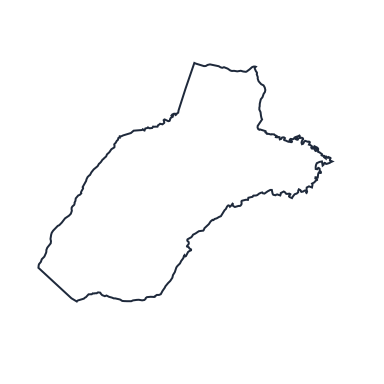 outline of Guacimo, Limón, Costa Rica, rotated 17°
{"feature_id": "36466004B32500402146996", "entity_name": "Guacimo", "entity_type": "district", "adm_level": 2, "iso_a3": "CRI", "parent_name": "Costa Rica", "parent_adm1": "Limón", "projection": "orthographic", "projection_center": [-83.609, 10.204], "detail": "fine", "context": "isolated", "style": "outline", "palette": "slate", "viewbox_px": 384, "rotation_deg": 17, "n_neighbors": 0, "source": "geoboundaries", "source_scale": "gbopen_adm2", "svg_char_len": 6047}
<svg xmlns="http://www.w3.org/2000/svg" viewBox="0 0 384 384"><g transform="rotate(17 192 192)"><path d="M114.7,329.0L119.8,325.6L120.3,324.6L121.3,323.6L123.0,320.1L126.0,319.1L126.8,317.9L127.9,317.8L128.6,317.3L130.5,316.7L131.2,315.7L131.8,315.4L133.7,315.1L134.8,316.1L136.3,316.9L139.1,317.1L140.5,316.0L143.3,316.5L146.2,316.4L148.4,316.6L149.5,316.2L153.7,315.9L155.0,315.9L156.8,316.5L157.5,316.5L160.1,315.9L165.8,314.2L167.3,312.9L171.0,311.2L172.8,310.6L176.0,310.2L178.0,309.2L178.8,307.9L178.8,306.9L179.7,305.7L183.1,304.3L186.6,303.4L187.1,303.1L187.4,302.4L187.2,302.3L188.5,300.7L190.5,300.1L192.0,298.9L192.8,295.0L194.0,291.3L194.1,290.1L195.7,286.2L197.2,283.4L198.3,279.7L198.1,277.0L199.0,273.6L199.1,268.7L199.7,267.0L201.4,263.8L201.8,261.2L203.0,257.9L203.0,255.2L203.2,254.8L203.6,255.5L204.2,255.7L204.9,255.1L205.8,250.5L207.0,248.9L207.7,248.5L208.1,248.0L207.9,247.2L206.0,246.7L204.9,245.7L203.4,245.7L203.1,245.5L203.1,244.8L203.9,243.2L204.0,242.2L203.5,240.9L201.8,240.0L201.5,239.3L201.6,238.5L204.6,235.4L205.0,234.4L205.5,232.5L207.5,230.6L210.0,227.5L214.1,225.6L214.4,224.6L214.5,223.0L217.5,217.8L218.4,214.7L219.7,212.7L220.3,212.8L220.7,212.6L221.5,211.2L223.3,210.0L225.2,207.9L226.7,206.7L228.5,199.8L229.3,198.5L229.8,195.6L230.3,194.7L230.6,194.2L231.7,194.2L232.6,195.0L233.4,193.7L234.2,191.3L234.5,191.4L234.7,192.4L235.4,193.3L237.4,193.8L240.6,191.7L241.9,191.3L242.4,190.8L242.9,189.5L242.7,188.1L242.1,186.9L242.1,186.1L242.4,185.7L245.9,183.6L247.8,183.2L247.6,181.0L251.3,178.9L251.5,178.1L251.8,177.5L254.3,176.6L255.4,175.8L256.6,174.0L258.0,172.7L259.3,171.9L260.1,172.5L261.8,172.3L264.1,169.3L266.3,167.1L267.7,166.7L269.6,170.1L270.6,170.9L272.8,170.7L273.4,169.9L274.2,169.4L277.4,169.5L277.5,168.6L277.2,167.1L279.6,164.7L280.8,165.0L282.7,166.2L284.3,165.7L285.5,165.1L286.7,165.3L286.8,165.7L286.0,167.1L286.1,167.9L286.9,168.3L289.4,168.6L289.7,167.0L290.7,164.4L291.3,163.7L292.5,163.0L293.6,161.3L293.2,159.6L293.4,158.2L295.0,158.5L295.7,159.0L296.1,159.7L296.6,159.9L298.2,159.0L299.3,157.7L300.8,157.3L301.3,158.1L301.3,159.2L301.8,159.4L302.0,158.1L300.8,156.1L300.4,154.2L302.2,152.4L305.4,152.6L305.1,149.7L304.3,148.9L306.1,147.1L307.0,145.1L308.1,143.9L307.9,143.4L306.0,143.0L305.8,141.8L308.0,141.3L307.4,138.1L307.5,136.4L307.9,135.6L308.4,135.3L309.0,136.3L309.5,136.2L309.7,135.9L309.2,134.9L308.0,134.4L307.2,132.4L306.6,132.1L305.7,132.0L305.1,133.6L303.6,133.8L303.0,132.1L302.7,130.2L302.9,128.0L305.1,126.0L307.3,124.8L309.2,128.5L309.8,127.6L310.0,125.7L310.2,125.4L311.1,125.4L311.7,125.9L312.5,125.8L315.3,123.8L315.5,123.3L317.2,121.8L314.7,121.5L314.4,120.1L314.6,119.1L314.4,118.9L312.4,118.7L312.3,119.5L312.1,119.6L310.0,118.9L309.8,119.9L310.1,120.8L308.1,120.1L308.1,119.0L307.8,118.8L306.1,119.2L305.2,119.0L305.3,117.9L305.1,117.7L303.3,117.2L302.2,116.7L301.1,116.9L300.7,116.4L300.0,113.8L299.0,113.0L297.2,112.7L299.0,114.7L299.1,115.8L298.5,116.6L298.1,116.6L296.8,115.5L296.6,114.8L296.9,113.5L296.5,113.1L295.5,113.0L295.1,115.0L294.2,115.4L293.7,115.3L293.1,114.7L293.4,113.5L293.3,113.2L291.4,112.5L290.0,112.5L290.2,110.4L290.1,109.9L289.7,109.7L289.0,109.6L288.3,110.1L285.2,110.0L284.5,111.2L284.2,113.3L283.2,114.1L282.5,113.2L282.2,112.4L282.4,109.7L282.8,109.2L282.6,108.5L282.3,108.2L281.1,108.0L279.3,108.9L278.9,108.9L278.8,107.1L278.2,106.6L277.3,107.5L275.5,108.8L277.9,110.4L277.9,110.9L277.3,111.3L275.6,111.1L275.0,110.1L274.1,110.1L273.7,111.4L273.1,112.0L270.8,112.4L270.3,113.2L270.2,114.0L270.4,114.2L272.3,114.1L272.7,114.3L272.9,114.6L272.7,115.2L272.0,115.4L270.8,115.4L269.8,115.7L268.5,115.7L267.0,115.4L265.1,115.4L264.8,115.2L264.8,114.7L265.1,113.3L264.0,112.9L263.1,113.1L262.1,113.7L261.8,115.1L260.6,116.0L260.1,115.3L259.7,114.0L258.8,114.0L257.5,114.8L256.2,115.0L256.2,114.8L256.8,114.2L256.7,113.7L254.3,113.3L253.7,112.9L251.1,113.5L250.8,113.9L248.2,114.0L246.7,114.5L246.1,114.2L245.9,113.6L244.8,113.5L244.7,112.4L244.4,112.3L238.6,112.3L238.2,112.8L237.0,112.5L235.9,111.3L235.5,109.6L237.8,102.1L236.9,101.1L235.7,99.0L234.2,95.6L232.3,93.5L231.7,91.3L231.7,90.4L231.0,87.8L230.7,83.2L231.7,80.7L231.8,77.3L232.5,75.0L232.3,73.0L231.0,70.8L229.2,69.1L226.7,68.7L223.4,66.7L222.7,65.8L221.7,64.4L221.3,62.9L219.5,60.5L219.5,59.8L219.1,58.7L217.9,57.9L215.9,55.6L215.7,55.0L216.4,53.6L215.6,53.6L214.1,54.1L212.9,55.1L211.2,57.9L208.9,61.0L208.1,61.4L205.6,61.8L203.2,61.8L200.0,63.4L196.9,63.8L194.7,64.6L193.2,64.6L190.0,63.6L186.1,63.3L184.8,64.3L184.2,64.4L182.8,64.4L180.8,63.9L171.9,64.7L169.8,65.9L168.3,67.5L166.7,68.1L158.1,68.1L156.5,67.9L155.6,95.0L155.3,117.8L155.6,120.2L154.6,121.4L154.3,122.6L154.0,122.9L153.6,122.0L152.5,122.2L151.9,122.5L151.9,123.5L151.7,123.8L151.3,123.8L151.1,123.1L150.5,123.6L150.0,125.0L151.5,125.7L150.0,127.4L149.7,128.9L149.9,129.3L149.7,130.6L148.6,131.2L144.6,130.6L144.3,130.8L143.9,131.6L145.1,133.4L145.2,134.1L144.0,135.9L141.5,136.1L141.1,136.9L140.1,138.0L139.9,139.6L136.2,140.8L135.7,140.8L135.2,142.4L133.5,143.2L132.4,143.5L131.0,143.1L130.5,143.9L128.8,144.9L128.6,147.1L128.2,147.1L126.6,146.4L126.2,147.2L125.7,147.5L118.3,150.4L116.3,153.5L109.6,158.0L108.0,159.5L106.7,159.8L107.1,161.1L106.1,161.4L105.8,161.9L105.9,163.7L105.1,165.1L104.6,167.4L103.8,168.8L103.8,169.5L104.4,170.4L104.7,172.0L102.4,174.7L101.3,178.2L99.7,180.9L99.5,183.1L98.0,185.5L97.6,186.5L97.0,187.1L96.2,189.8L95.4,191.4L94.8,192.2L94.2,194.9L91.4,199.1L90.0,202.7L89.5,205.5L89.0,206.0L87.8,208.2L87.4,210.7L87.5,212.4L86.0,219.3L86.7,220.0L86.8,220.5L86.0,223.9L86.0,225.0L86.5,225.7L85.6,227.4L84.2,228.6L82.7,232.1L83.1,234.6L82.8,236.5L83.1,237.3L83.1,238.7L81.9,240.7L81.5,242.0L81.8,243.5L82.6,245.1L82.5,248.2L81.3,250.6L78.3,254.3L76.4,259.4L74.8,262.5L73.5,263.7L70.5,269.6L69.8,272.0L69.8,274.0L70.4,278.3L71.5,280.2L71.9,282.4L69.9,287.5L69.8,288.6L69.7,290.0L70.2,291.9L70.2,293.0L69.7,297.0L68.0,300.2L67.9,303.0L66.8,305.7L66.8,306.8L67.3,309.4L107.8,328.9L113.8,330.4L113.9,329.9L114.7,329.0Z" fill="none" stroke="#1e293b" stroke-width="2"/></g></svg>